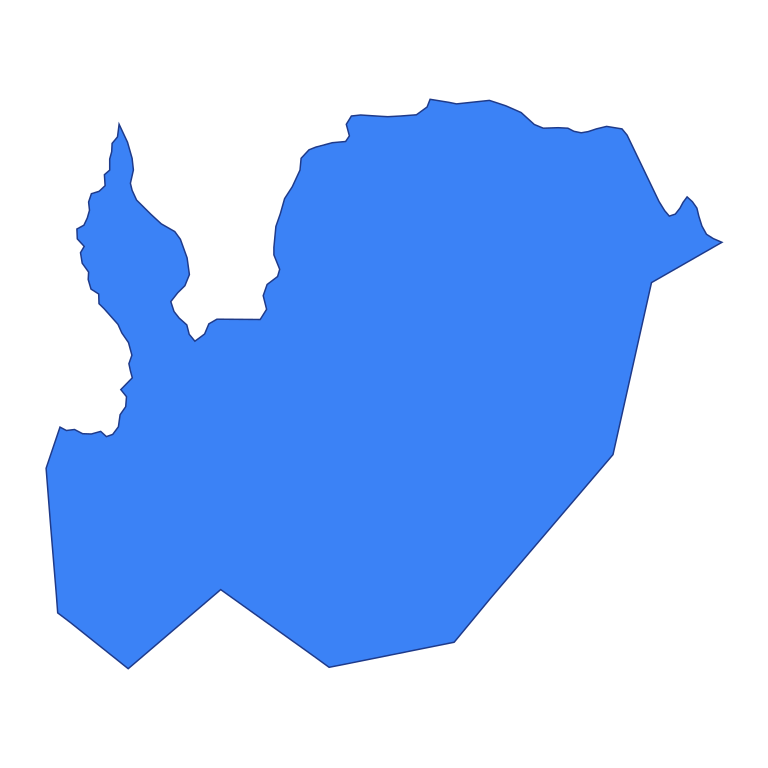 Piancó, Paraíba, Brazil
{"feature_id": "56859067B93883215672423", "entity_name": "Piancó", "entity_type": "district", "adm_level": 2, "iso_a3": "BRA", "parent_name": "Brazil", "parent_adm1": "Paraíba", "projection": "robinson", "projection_center": [-37.978, -7.2], "detail": "fine", "context": "isolated", "style": "filled", "palette": "blue", "viewbox_px": 768, "rotation_deg": 0, "n_neighbors": 0, "source": "geoboundaries", "source_scale": "gbopen_adm2", "svg_char_len": 1856}
<svg xmlns="http://www.w3.org/2000/svg" viewBox="0 0 768 768"><path d="M46.1,468.3L50.4,523.0L56.4,595.4L57.7,612.9L70.1,622.3L128.2,668.7L220.7,589.6L312.7,655.4L329.1,667.3L342.9,664.6L454.2,642.2L490.7,598.0L561.8,514.6L613.0,454.6L631.8,370.5L651.5,282.6L721.9,242.3L713.3,238.6L706.5,234.3L701.9,226.0L698.8,216.1L696.9,208.1L692.4,201.7L687.1,196.9L683.1,202.3L680.0,208.1L675.3,214.1L669.3,216.1L664.7,210.7L659.0,201.5L627.1,135.1L622.0,128.9L606.6,126.4L596.3,128.9L588.2,131.6L581.2,132.8L573.9,131.3L567.9,128.2L558.1,127.7L543.3,128.2L534.3,124.5L521.2,112.6L512.9,108.9L505.8,105.8L497.7,103.1L489.4,100.4L456.5,103.9L449.2,102.4L430.1,99.3L427.1,107.0L416.4,114.8L400.8,116.0L387.8,116.7L380.7,116.3L360.6,115.0L351.4,116.0L346.3,124.3L349.4,135.9L345.6,141.5L332.3,142.7L315.8,147.1L309.0,149.8L301.1,158.3L300.0,170.1L292.3,186.7L284.6,198.6L280.3,213.8L275.9,226.4L273.9,247.3L273.9,254.9L279.7,269.3L277.6,276.5L267.1,284.5L263.2,295.7L266.6,309.3L260.2,319.5L216.9,319.2L208.9,323.8L204.6,334.0L194.9,341.2L189.2,334.3L186.8,324.9L179.1,318.0L174.0,311.5L170.8,301.6L177.7,292.8L184.9,285.7L189.4,274.6L187.1,257.9L180.4,239.3L174.8,231.6L161.2,223.8L150.7,214.1L136.6,200.1L132.1,190.3L130.4,183.3L133.4,170.0L132.1,158.3L127.5,142.2L119.1,124.3L117.5,136.9L112.1,143.4L111.7,151.7L109.7,159.0L109.7,170.1L104.4,174.7L105.1,185.7L99.1,191.3L91.4,193.7L88.6,202.0L89.5,210.3L87.3,218.0L83.9,225.2L76.9,229.0L77.3,238.9L84.2,246.4L80.5,252.7L82.2,263.2L88.6,272.1L88.2,279.5L91.0,289.1L98.7,294.0L99.0,303.7L104.0,308.6L112.0,317.6L118.0,324.4L121.8,332.9L128.5,342.6L131.9,355.2L128.9,363.7L130.4,370.8L132.3,377.8L120.8,389.6L126.5,396.7L125.7,406.7L120.1,414.7L118.4,426.8L112.7,434.4L106.4,436.6L100.7,431.4L91.3,434.0L82.6,433.7L74.5,429.5L66.4,430.5L60.0,427.1L46.1,468.3Z" fill="#3b82f6" stroke="#1e3a8a" stroke-width="1.5"/></svg>